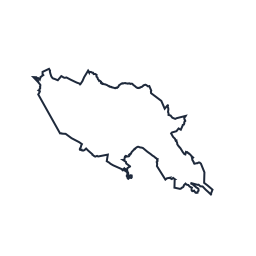 the district of Malinalco, México, Mexico, rotated 127°
{"feature_id": "50627088B13074792660902", "entity_name": "Malinalco", "entity_type": "district", "adm_level": 2, "iso_a3": "MEX", "parent_name": "Mexico", "parent_adm1": "México", "projection": "albers", "projection_center": [-99.486, 18.894], "detail": "fine", "context": "isolated", "style": "outline", "palette": "slate", "viewbox_px": 256, "rotation_deg": 127, "n_neighbors": 0, "source": "geoboundaries", "source_scale": "gbopen_adm2", "svg_char_len": 5731}
<svg xmlns="http://www.w3.org/2000/svg" viewBox="0 0 256 256"><g transform="rotate(127 128 128)"><path d="M131.2,21.8L130.8,21.8L130.5,22.1L130.4,22.4L129.9,22.4L126.4,23.4L126.0,29.9L126.0,34.2L117.4,40.3L112.6,48.3L112.5,50.0L113.1,50.9L114.3,51.3L114.5,51.7L116.6,53.5L116.3,54.3L115.6,55.1L115.6,55.5L115.1,56.4L115.0,57.0L114.1,58.1L113.7,58.5L113.5,58.4L113.4,58.6L113.2,58.4L112.8,58.6L112.4,58.4L112.2,60.1L112.2,60.8L112.0,61.2L111.8,62.2L111.7,63.5L111.8,63.6L111.6,64.0L111.8,64.9L111.7,65.4L111.9,65.6L111.7,66.3L112.0,66.5L112.2,67.3L114.6,66.3L114.9,67.4L114.2,69.9L112.5,74.2L112.5,75.3L112.1,75.7L112.0,77.0L111.3,78.9L110.2,79.9L109.9,80.6L109.2,81.4L109.3,81.4L109.6,82.0L108.3,84.1L108.0,86.6L106.4,90.3L105.1,90.2L101.4,87.4L97.9,87.3L97.6,84.8L94.6,85.5L93.6,85.7L92.6,86.1L91.7,85.5L91.2,85.6L90.7,85.7L89.6,86.5L88.9,86.7L88.5,86.7L88.2,86.5L87.9,86.5L87.4,87.2L87.3,87.6L87.3,87.8L87.2,88.0L85.6,89.7L85.4,89.7L85.2,89.5L85.2,89.3L84.9,89.2L84.6,89.3L84.4,89.1L83.6,89.2L90.8,95.0L92.3,95.8L93.1,98.8L92.4,101.5L93.2,103.5L92.0,104.3L91.1,105.7L89.1,106.8L87.9,107.8L87.1,109.3L86.8,109.5L86.1,109.5L85.9,109.7L86.0,110.0L86.6,110.1L90.5,110.3L86.3,117.7L86.3,130.5L85.2,131.6L84.2,131.9L81.7,136.2L82.7,137.0L82.7,139.0L82.9,140.0L83.0,140.2L84.6,141.3L85.1,141.2L85.8,141.5L86.9,141.7L87.8,142.5L88.3,142.5L88.8,142.9L89.0,143.3L89.5,143.3L90.3,144.4L90.4,144.9L90.3,145.1L90.5,145.6L90.5,146.5L90.4,147.1L90.4,149.9L90.1,151.1L90.5,151.9L90.8,152.3L91.2,152.4L91.4,153.0L91.4,153.6L91.8,153.8L92.2,154.6L92.7,154.8L92.9,155.4L93.6,156.6L93.6,156.9L93.8,157.0L94.1,157.6L94.6,158.2L95.6,158.8L95.7,159.4L96.0,159.4L96.4,159.9L99.5,160.9L100.3,160.6L101.2,160.5L101.8,160.9L102.2,160.8L102.6,160.9L102.7,161.5L103.4,162.0L103.6,161.9L103.8,162.0L104.1,162.5L104.5,163.8L105.1,165.0L105.1,165.8L105.5,166.0L105.6,166.8L106.0,167.4L105.8,168.0L106.2,168.4L106.3,170.3L106.7,171.9L107.0,172.8L107.3,173.2L107.5,173.6L107.6,174.4L108.2,174.8L108.3,175.2L108.3,175.4L107.9,175.5L107.7,175.6L107.7,175.9L108.1,176.1L108.4,176.5L108.3,176.8L107.5,177.0L107.3,177.3L107.4,177.6L107.4,177.9L107.2,178.2L107.2,178.7L107.4,179.4L107.7,179.5L107.4,180.1L107.2,180.5L107.2,181.1L106.9,181.8L106.1,182.7L106.0,183.3L106.0,183.9L105.7,184.3L105.3,184.7L104.5,185.0L104.5,186.4L104.7,186.9L105.6,187.8L105.4,188.5L104.9,189.0L104.9,189.4L105.4,190.0L105.5,190.5L105.5,191.3L106.1,192.0L106.9,192.3L107.2,192.2L107.1,192.4L107.1,192.6L106.5,193.2L106.1,194.4L113.8,193.6L118.0,192.6L121.7,192.4L122.0,192.5L121.7,193.4L122.6,196.3L123.9,202.7L124.7,207.6L125.9,208.6L126.4,209.7L126.5,211.2L126.7,212.5L132.1,212.8L133.1,216.6L133.5,217.4L133.5,218.5L133.0,220.2L131.3,222.7L129.9,224.4L129.1,224.8L128.3,226.7L134.6,230.0L136.5,228.6L136.5,228.2L136.7,227.5L139.9,228.5L140.1,228.3L141.4,228.0L142.4,227.6L142.1,229.5L142.3,229.9L143.2,230.8L142.7,231.4L142.6,231.7L144.3,234.2L145.1,229.3L144.7,229.6L144.7,230.1L144.6,229.7L144.4,229.5L144.3,228.7L144.5,228.6L144.5,228.3L144.7,228.0L145.2,228.2L146.3,224.0L147.2,223.3L148.1,223.1L148.5,222.5L149.4,221.9L150.2,222.1L151.2,221.7L151.8,222.0L151.8,221.3L151.7,220.5L153.0,220.1L155.2,219.9L173.2,179.0L172.2,177.8L172.3,177.4L170.2,174.3L170.1,166.9L168.7,158.4L168.6,155.1L169.9,154.9L171.6,154.2L173.6,153.9L174.0,153.7L174.3,153.3L174.2,153.0L174.0,152.6L173.2,152.0L173.6,151.2L173.0,150.2L171.9,149.5L169.6,149.1L170.0,146.6L170.4,140.7L170.8,140.3L170.7,140.0L170.8,138.5L170.6,137.0L168.9,135.9L168.9,135.3L168.5,134.5L161.4,128.1L167.3,125.0L167.0,122.3L167.1,120.4L166.7,117.3L164.6,108.2L165.0,107.0L164.8,106.9L164.8,106.7L164.5,106.7L164.3,106.5L163.7,106.6L163.0,106.5L163.1,106.8L162.5,106.7L162.6,106.4L162.3,105.6L162.3,105.3L162.3,105.1L162.6,105.2L163.2,105.1L163.4,105.2L163.7,105.1L163.9,104.9L163.9,104.2L163.8,103.9L163.9,103.6L163.8,103.1L163.6,102.9L163.4,102.9L164.8,100.9L165.7,100.3L166.4,100.4L166.5,99.9L167.3,99.8L167.5,99.3L166.9,99.1L167.0,98.8L167.2,98.4L167.4,98.0L168.0,97.7L168.4,97.7L168.4,97.2L167.9,97.1L167.4,97.5L166.9,97.7L166.4,96.2L165.9,95.3L165.7,95.3L165.0,95.4L163.7,96.5L164.1,97.4L164.8,97.5L165.1,97.7L165.2,98.4L165.8,98.7L166.0,99.1L166.0,99.5L165.4,99.7L164.8,100.2L164.4,100.3L163.7,100.9L163.4,101.5L163.4,101.9L163.0,102.6L162.8,102.6L162.2,103.3L161.3,104.0L160.4,104.3L159.2,103.9L157.5,103.2L157.4,103.3L157.4,108.1L156.3,109.2L156.5,112.8L156.0,112.2L155.7,111.6L154.1,112.6L153.0,113.1L152.9,112.7L152.6,112.5L151.8,113.0L151.6,113.0L151.4,112.6L151.3,111.5L150.8,111.2L150.3,110.4L149.7,110.2L148.9,110.6L148.6,110.5L148.5,111.0L147.8,110.8L148.1,110.3L147.6,110.2L146.2,110.3L145.6,110.5L145.0,110.6L142.3,110.3L141.9,110.2L141.5,110.1L141.0,110.3L140.6,110.2L140.5,109.8L139.0,109.7L137.4,109.1L137.1,108.8L136.7,108.3L136.3,106.8L135.4,105.2L135.0,104.0L135.3,98.3L135.2,94.1L135.3,92.0L135.1,89.8L135.3,87.7L135.1,87.2L135.3,86.5L135.2,86.2L135.5,85.8L135.4,85.7L135.8,85.6L135.8,85.1L136.2,84.9L136.5,84.9L136.6,84.7L137.1,84.6L137.2,84.4L137.9,84.6L139.1,83.1L141.0,82.0L146.7,67.1L144.7,66.6L142.5,64.6L142.8,64.6L142.4,62.3L140.7,61.9L140.7,59.8L140.8,59.9L147.7,55.0L145.3,49.8L144.9,49.6L144.4,49.2L143.3,49.1L142.8,48.7L141.7,48.4L140.8,48.6L140.5,48.8L139.9,48.9L137.8,48.6L138.0,47.3L137.6,46.2L137.2,45.5L137.7,43.6L137.2,41.1L138.2,40.8L138.6,40.5L139.0,40.0L139.5,39.6L139.7,38.9L139.7,38.6L139.1,38.0L138.7,37.9L138.6,37.6L138.3,37.4L138.7,36.7L138.7,36.0L139.0,35.4L139.0,35.0L138.7,34.4L137.9,33.6L137.4,34.0L137.1,33.9L136.8,34.1L135.6,33.9L134.3,35.0L134.2,35.4L134.2,36.6L134.4,37.6L134.2,38.9L134.3,40.2L134.1,41.0L134.1,42.4L134.4,44.0L133.9,44.2L131.5,38.2L130.8,37.5L131.0,35.1L129.8,33.2L130.5,29.0L130.8,25.5L131.2,21.8Z" fill="none" stroke="#1e293b" stroke-width="2"/></g></svg>